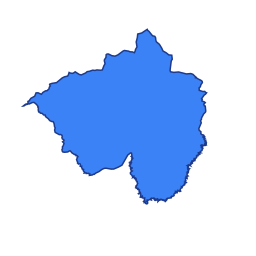 the district of Chang Klang, Nakhon Si Thammarat, Thailand, rotated 246°
{"feature_id": "78962969B43171444996165", "entity_name": "Chang Klang", "entity_type": "district", "adm_level": 2, "iso_a3": "THA", "parent_name": "Thailand", "parent_adm1": "Nakhon Si Thammarat", "projection": "natural_earth1", "projection_center": [99.584, 8.363], "detail": "fine", "context": "isolated", "style": "filled", "palette": "blue", "viewbox_px": 256, "rotation_deg": 246, "n_neighbors": 0, "source": "geoboundaries", "source_scale": "gbopen_adm2", "svg_char_len": 5764}
<svg xmlns="http://www.w3.org/2000/svg" viewBox="0 0 256 256"><g transform="rotate(246 128 128)"><path d="M210.3,185.7L209.2,179.2L209.9,175.1L206.8,173.3L203.3,170.5L198.4,169.2L196.7,166.8L195.3,165.8L194.2,164.4L195.7,163.0L196.8,160.8L197.9,159.9L200.3,156.2L200.3,154.8L198.9,148.6L198.9,145.4L200.6,142.7L203.5,140.3L204.1,139.0L203.9,137.9L201.5,136.6L199.9,134.2L199.0,133.7L196.1,133.2L194.5,131.1L191.5,128.2L191.9,126.5L193.7,123.2L194.0,121.3L195.2,119.2L195.5,115.8L196.1,113.6L195.5,111.6L195.5,106.9L196.7,105.3L200.8,102.6L200.4,100.6L200.5,99.5L201.6,97.7L202.7,96.8L200.6,94.9L200.0,94.0L200.6,90.6L200.5,88.2L198.5,81.2L199.7,76.6L199.9,74.4L199.5,74.0L198.0,74.1L197.3,72.7L195.9,71.8L195.0,69.1L195.5,67.7L195.1,64.7L194.0,62.6L196.7,60.2L197.5,58.3L195.0,55.7L194.6,51.3L193.0,48.7L193.0,47.4L191.3,46.8L191.0,46.3L191.4,44.0L190.7,41.3L190.5,41.9L190.9,44.1L190.5,46.0L190.6,47.0L190.1,47.7L190.2,50.8L189.6,52.6L186.7,54.0L184.3,54.6L183.9,54.1L182.9,54.3L180.9,53.3L179.0,52.9L178.4,53.8L177.3,53.9L176.2,55.6L174.3,56.2L173.4,57.7L172.0,57.3L169.0,58.9L166.6,59.5L165.0,60.9L164.3,62.2L162.2,62.3L159.0,61.4L157.8,61.6L156.0,60.1L153.6,59.7L149.9,62.5L149.4,63.8L148.2,64.7L146.8,64.4L146.1,63.7L144.7,63.6L143.5,64.5L142.7,64.5L142.4,64.3L142.0,62.6L140.1,63.4L137.9,61.3L137.6,60.5L135.7,59.7L135.2,58.9L133.4,58.5L132.5,58.8L131.6,60.3L130.6,63.3L130.9,65.4L130.3,66.1L128.2,66.6L125.4,68.4L125.0,69.5L123.9,69.2L123.2,70.4L122.1,70.6L121.8,69.6L121.0,69.3L120.2,68.2L117.7,68.0L117.2,68.2L116.5,67.6L115.2,68.1L115.3,68.8L114.6,69.7L113.9,69.6L112.5,68.8L111.9,70.1L111.4,69.6L110.4,69.5L109.6,69.8L109.1,69.5L108.2,70.5L107.8,69.9L106.8,69.8L105.4,70.4L104.7,69.6L104.0,71.5L103.4,71.4L102.6,73.7L102.1,73.6L101.6,74.4L100.4,73.5L99.6,76.4L99.8,77.7L99.4,78.3L99.9,80.1L100.0,83.9L100.8,87.6L100.8,89.8L100.2,91.6L97.3,95.9L96.3,98.3L96.2,103.3L96.5,107.4L103.4,116.8L104.2,120.2L103.6,121.0L101.1,120.3L100.8,119.4L100.1,120.0L99.4,119.5L98.8,120.1L98.2,120.0L98.0,119.6L98.1,118.8L97.5,118.8L96.6,117.4L95.4,117.2L96.0,116.1L96.0,115.5L94.5,116.2L94.4,115.0L93.6,115.4L92.9,113.8L91.7,114.5L90.8,114.2L89.8,115.5L89.5,115.2L89.7,113.8L88.2,113.6L87.0,114.4L86.6,112.6L86.1,111.9L85.1,111.6L83.0,112.4L81.8,112.3L81.5,112.7L81.9,113.1L81.7,113.6L80.8,112.3L80.7,113.6L79.3,113.4L79.1,114.0L79.5,114.2L79.2,114.6L78.3,114.1L78.2,114.7L77.8,114.7L76.9,114.0L76.1,114.1L75.4,114.7L74.5,114.2L73.5,114.4L72.9,113.5L72.3,113.3L71.7,111.5L71.0,111.7L70.3,110.7L68.6,112.0L69.3,112.9L67.9,112.0L67.3,113.0L66.7,113.3L66.0,112.4L64.5,112.9L63.8,110.8L63.3,111.1L63.6,111.8L63.3,112.9L61.6,112.5L59.8,111.1L59.6,111.5L59.9,113.4L59.5,113.3L59.1,112.4L58.8,112.4L57.9,113.2L57.3,114.8L55.7,113.7L55.2,113.9L54.6,112.4L54.0,112.9L53.4,112.5L53.2,114.0L52.1,113.3L51.2,114.0L51.0,114.8L51.3,115.4L53.0,116.0L53.3,115.5L54.4,116.2L53.8,117.3L53.8,118.9L52.8,120.0L54.3,120.1L54.4,121.0L53.8,121.6L53.5,123.2L52.2,123.9L52.3,123.2L51.9,123.6L51.4,123.0L50.9,123.2L50.5,124.2L50.8,124.6L51.4,124.5L51.3,126.3L50.9,126.3L50.3,125.6L49.7,126.0L48.7,125.5L49.2,126.7L50.1,127.4L49.4,127.2L49.1,127.6L49.2,128.1L49.7,128.1L49.5,129.0L49.0,129.1L49.0,129.7L48.5,129.8L48.4,130.4L47.9,130.4L47.8,131.3L47.2,131.3L47.2,131.8L45.7,132.1L45.9,132.8L46.7,133.3L46.3,133.5L46.7,134.5L47.4,134.4L47.8,135.2L46.6,139.1L46.8,139.3L46.9,138.9L47.8,139.6L47.9,140.4L47.4,141.1L47.5,142.6L48.5,142.8L49.1,143.4L49.0,144.0L49.4,144.2L49.2,145.4L49.4,144.9L50.6,145.5L49.5,146.0L50.3,146.6L50.3,147.4L49.7,147.3L50.6,148.2L49.9,148.3L49.7,149.3L48.9,149.5L48.9,149.8L49.2,149.9L49.0,150.4L50.4,150.5L51.5,151.8L51.4,152.8L52.5,153.0L51.9,153.5L52.8,154.4L53.1,156.6L53.6,156.3L54.3,157.3L54.4,158.9L55.3,158.2L55.2,158.9L56.3,158.6L56.7,159.6L57.2,159.5L58.8,160.1L58.4,160.8L59.4,161.1L58.3,161.6L60.0,162.1L59.8,163.3L60.7,162.9L62.1,163.2L62.6,164.6L62.9,164.4L62.8,163.7L63.3,164.5L63.7,164.1L63.9,164.7L63.5,165.3L64.4,166.1L65.1,166.1L65.4,166.8L65.6,165.7L66.5,165.9L66.5,167.2L67.7,166.4L68.1,166.7L67.9,167.1L68.5,167.7L68.5,167.1L69.3,166.8L69.1,167.3L69.7,167.6L69.8,168.3L68.4,169.5L68.9,169.4L69.4,170.2L69.2,170.6L69.8,170.7L69.6,171.9L70.5,171.7L70.2,172.7L71.1,172.6L71.3,173.3L71.6,172.8L72.0,173.2L71.0,174.5L71.8,175.1L71.1,175.9L71.9,176.5L72.7,175.6L73.1,175.9L72.4,176.6L73.0,177.0L72.8,177.7L73.1,178.7L74.6,179.3L74.1,180.5L74.4,180.7L74.7,180.2L74.9,180.8L74.5,182.2L74.9,181.6L74.9,182.6L75.7,182.0L76.3,182.1L75.6,182.8L76.0,183.0L75.7,184.3L76.4,183.7L76.3,184.1L77.1,184.5L77.3,186.4L78.6,187.3L78.7,188.0L79.1,188.1L79.7,187.6L79.8,188.1L80.2,188.0L80.7,188.6L81.0,187.8L81.3,188.5L81.5,187.7L82.5,187.5L82.6,188.6L81.2,190.1L80.6,191.5L80.6,192.4L81.6,191.9L81.9,192.3L81.5,192.9L82.0,193.2L82.0,192.7L82.5,192.6L82.4,191.8L83.0,192.3L83.0,192.9L83.7,192.9L83.6,193.7L84.5,193.6L84.8,193.2L85.1,193.8L85.3,193.4L86.2,193.4L86.3,192.3L86.7,193.5L87.8,193.2L87.6,194.0L88.0,193.8L88.6,194.3L88.8,193.3L89.4,192.8L90.1,193.9L90.0,194.3L90.8,194.2L91.8,192.9L93.2,192.2L94.9,193.1L97.0,192.1L98.7,192.5L102.9,197.0L105.3,197.3L105.9,198.5L107.3,199.3L110.1,202.9L111.0,205.2L111.8,205.9L116.6,207.5L117.1,206.8L119.0,206.9L119.7,208.9L120.6,208.5L122.7,206.5L124.0,207.5L124.8,207.1L127.1,211.0L127.4,212.6L128.2,214.1L128.9,213.4L130.2,213.0L130.9,211.2L133.4,208.4L135.8,209.3L136.2,210.8L138.0,212.3L139.2,214.4L140.3,214.7L141.2,214.5L145.2,211.3L146.4,211.0L146.5,210.1L147.3,210.5L150.7,209.1L152.2,207.5L153.6,203.4L158.6,197.0L160.2,192.4L162.1,189.7L163.6,189.9L170.9,194.3L171.8,194.9L172.8,196.4L176.7,197.6L178.2,195.0L181.3,193.4L184.1,191.3L187.3,191.3L191.7,190.7L195.2,189.0L196.8,189.1L199.2,189.9L200.8,189.8L202.3,187.9L207.9,186.4L209.1,185.7L210.3,185.7Z" fill="#3b82f6" stroke="#1e3a8a" stroke-width="1.5"/></g></svg>